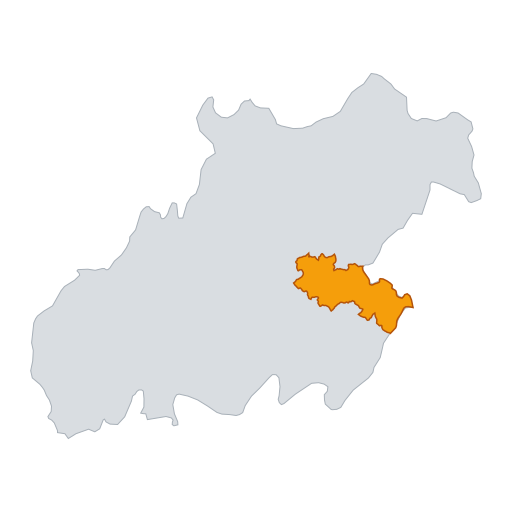 where Raški sits in Republic of Serbia, rotated 270°
{"feature_id": "SRB-834", "entity_name": "Raški", "entity_type": "District", "adm_level": 1, "iso_a3": "SRB", "parent_name": "Republic of Serbia", "parent_adm1": "", "projection": "equal_earth", "projection_center": [20.586, 43.343], "detail": "fine", "context": "in_parent", "style": "filled", "palette": "amber", "viewbox_px": 512, "rotation_deg": 270, "n_neighbors": 0, "source": "natural_earth", "source_scale": "10m", "svg_char_len": 9213}
<svg xmlns="http://www.w3.org/2000/svg" viewBox="0 0 512 512"><g transform="rotate(270 256 256)"><path d="M294.0,182.8L308.3,186.9L314.8,190.9L318.3,196.0L327.5,199.4L342.4,201.1L352.8,206.4L358.7,215.3L368.1,213.1L381.2,199.9L394.1,196.5L406.9,202.8L413.9,208.0L415.1,212.1L412.1,213.7L405.0,212.9L399.2,215.5L394.8,221.3L394.1,227.5L397.4,234.0L401.9,238.6L407.8,241.1L411.0,244.5L411.4,248.9L412.9,250.1L409.7,252.1L406.1,255.1L404.1,260.4L403.7,268.8L392.4,275.4L388.1,276.6L386.2,280.9L383.4,293.3L383.8,302.6L385.4,307.3L386.2,311.2L389.9,316.0L393.3,323.3L395.6,332.9L400.6,340.3L413.3,347.7L419.6,351.9L424.4,358.1L428.0,363.7L438.5,371.2L437.7,376.5L435.5,381.7L433.2,384.2L428.0,390.9L423.0,394.6L414.8,406.5L401.6,407.1L398.5,408.0L393.5,411.3L391.1,417.2L393.5,421.9L393.4,426.8L391.0,436.1L394.3,446.1L399.0,450.7L399.8,453.4L399.0,458.1L392.2,467.6L390.1,471.1L383.1,472.9L380.8,472.0L377.1,468.7L373.8,467.7L365.5,471.6L357.0,474.0L350.4,472.2L343.8,471.9L339.2,473.5L335.8,474.2L329.1,478.3L318.3,481.3L313.3,480.7L311.4,476.8L309.4,471.2L310.3,468.7L317.4,464.3L318.2,460.1L328.1,440.0L330.0,433.5L330.0,431.4L327.4,430.0L322.0,430.0L297.7,421.9L298.7,412.5L291.6,407.5L283.9,403.1L282.6,398.1L274.1,388.0L267.8,382.3L259.9,379.5L253.0,375.4L248.9,372.9L247.1,368.2L247.1,365.4L245.0,362.7L241.7,363.0L236.1,366.7L229.2,369.9L228.0,372.3L230.5,377.8L232.3,381.4L231.5,384.7L229.3,389.0L216.1,398.4L214.6,401.7L217.1,407.0L215.5,409.5L204.4,413.0L204.7,410.1L204.0,405.4L197.7,400.5L188.7,396.6L168.8,383.5L161.2,381.8L154.4,380.2L144.6,374.0L139.6,372.9L134.0,368.4L121.9,353.2L111.6,345.0L104.6,340.8L102.7,336.8L102.3,332.6L102.5,331.2L107.9,325.3L112.0,324.5L117.3,324.3L120.7,327.3L125.3,327.9L127.9,324.1L129.3,318.6L128.7,311.6L117.8,295.3L108.4,283.9L107.4,281.4L109.4,279.3L112.7,278.2L116.2,279.1L125.4,280.0L134.3,278.9L137.3,276.1L137.4,272.4L134.2,269.0L123.9,259.7L115.9,251.5L106.4,245.2L99.4,242.7L97.4,239.5L96.5,236.1L97.4,229.9L97.9,221.9L99.6,216.9L106.0,207.5L112.1,197.6L115.9,188.0L117.9,179.1L117.2,176.6L114.1,174.7L107.4,172.8L98.2,174.4L90.3,177.7L87.2,177.9L86.2,173.9L87.5,172.2L89.9,172.4L92.0,173.1L94.1,171.3L95.5,166.0L92.4,147.4L98.2,145.8L98.4,143.0L98.9,140.7L104.9,143.9L113.5,144.0L120.9,143.3L122.1,141.5L122.0,138.8L120.5,136.8L117.8,135.1L115.9,132.5L110.9,131.4L95.2,124.7L87.5,117.6L87.9,110.1L90.1,106.0L92.9,104.5L92.1,103.2L83.2,99.7L80.2,94.8L82.8,88.6L78.3,76.0L73.5,68.3L78.3,64.9L79.0,60.2L79.4,57.5L81.4,57.5L89.1,54.3L91.9,51.7L93.5,48.7L95.4,47.9L100.5,51.2L105.9,51.5L112.0,49.4L116.5,46.5L122.0,44.2L124.5,42.5L127.7,39.9L134.1,32.3L141.3,30.7L151.0,32.7L161.4,33.3L169.2,31.6L189.0,33.8L193.2,35.6L196.0,37.5L201.1,44.1L206.1,52.5L213.0,56.4L221.3,61.1L225.5,64.5L231.8,74.6L236.7,79.6L238.3,79.4L240.0,78.1L241.1,77.0L242.4,78.0L242.5,81.1L242.8,87.9L241.7,95.2L243.4,102.1L243.5,104.3L242.2,106.2L242.4,108.0L244.1,109.9L250.9,114.4L257.1,121.5L264.3,126.5L270.9,129.6L275.1,129.8L282.1,135.6L295.7,139.7L300.0,141.1L303.0,143.5L305.2,146.2L305.4,149.1L303.3,150.5L300.4,154.5L299.2,159.3L297.0,160.5L294.8,160.6L293.2,162.0L293.6,164.1L295.4,166.0L298.3,167.8L303.7,169.6L309.1,172.2L309.1,174.3L308.0,176.6L301.2,177.4L296.1,177.8L293.8,178.7L294.0,182.8Z" fill="#d9dde1" stroke="#a8b0b8" stroke-width="1"/><path d="M245.8,362.9L244.5,362.5L242.2,362.7L240.1,363.7L233.1,368.7L231.2,369.4L228.3,369.5L227.5,370.0L227.0,371.5L227.2,372.8L228.3,375.0L229.0,377.5L229.5,378.6L230.0,379.4L230.8,379.6L231.8,379.5L232.7,379.5L233.3,380.2L233.0,383.1L231.1,386.9L228.7,390.4L226.9,392.2L225.8,392.2L224.8,391.9L223.8,391.9L223.0,392.7L222.2,394.5L221.7,395.2L221.0,395.9L219.3,396.4L217.7,396.4L216.2,396.9L214.7,398.8L213.9,402.0L215.3,403.5L217.3,404.7L218.2,407.2L216.2,409.8L211.9,411.5L204.5,413.0L205.4,408.5L205.2,405.6L203.8,403.8L198.3,401.1L193.6,397.9L191.1,396.8L186.3,396.4L184.2,395.7L178.6,390.4L179.0,390.0L179.1,389.7L179.2,389.4L179.4,388.2L179.9,386.8L180.1,386.5L180.6,385.9L180.9,385.0L181.3,384.5L181.9,383.6L182.3,383.0L182.7,382.7L184.2,382.0L184.5,381.9L184.9,381.8L186.0,381.9L186.4,381.7L186.6,381.4L186.6,380.9L186.6,380.6L186.2,379.9L186.2,379.6L186.3,379.4L186.6,379.0L187.3,378.5L187.7,377.9L188.6,376.8L188.7,376.7L189.1,376.6L190.1,376.7L191.1,376.8L192.2,376.8L192.9,376.7L193.3,376.5L194.0,376.1L194.8,375.7L195.7,375.3L198.9,374.8L198.4,374.1L197.8,373.1L197.6,372.9L196.6,372.4L195.9,371.9L194.6,371.4L194.4,371.2L194.2,371.0L193.9,370.3L193.7,370.0L193.3,369.7L192.3,369.2L192.1,369.1L192.0,368.8L191.7,367.6L191.8,367.3L192.1,367.0L194.1,365.7L194.6,365.2L194.7,364.9L194.7,363.8L194.8,363.5L195.1,362.6L195.4,361.9L195.7,361.2L196.0,360.5L197.6,358.4L198.6,359.5L198.9,360.0L199.2,360.7L199.4,360.9L199.9,361.2L200.6,361.9L200.7,362.0L201.5,362.2L202.2,362.8L202.6,362.8L202.9,362.8L203.0,362.7L203.5,361.0L203.6,360.2L203.8,359.9L205.0,359.1L206.0,358.6L206.4,358.2L206.7,357.9L207.0,357.1L207.5,356.5L207.9,355.6L208.0,355.4L208.4,355.1L208.8,354.8L209.0,354.7L209.9,354.7L210.1,354.6L210.4,354.4L210.5,354.3L210.6,354.1L210.6,353.7L211.0,353.0L211.3,352.7L211.3,352.4L211.1,352.1L210.7,351.7L210.3,351.1L210.2,350.9L210.2,350.5L210.4,349.8L210.5,349.3L209.6,348.9L209.2,348.5L209.1,348.2L209.2,347.8L209.8,347.1L209.9,346.8L209.9,346.6L209.9,346.4L209.8,346.1L209.2,345.4L209.1,344.7L209.0,344.1L209.0,343.8L209.3,343.3L209.4,342.9L209.7,341.6L209.7,341.0L209.7,340.7L209.6,340.4L209.3,340.0L208.8,339.5L208.4,339.1L208.2,338.4L208.0,338.1L206.8,336.7L205.9,335.9L205.3,335.0L205.0,334.7L204.1,334.4L202.9,333.3L202.2,332.8L201.7,332.0L201.1,331.3L201.0,331.2L201.4,330.8L202.8,330.1L204.4,329.2L204.9,328.8L205.4,328.2L205.7,327.5L206.5,326.0L206.6,325.5L206.5,324.9L206.5,324.2L206.7,323.2L206.8,323.1L207.0,322.9L207.1,322.7L207.0,322.3L206.6,321.9L206.2,321.3L205.7,320.3L205.7,320.1L205.8,319.9L206.0,319.7L206.5,319.4L207.4,318.9L208.4,318.2L208.6,318.1L209.0,318.0L209.3,318.0L210.0,318.3L210.3,318.4L210.6,318.3L211.3,318.0L211.8,317.4L212.0,317.3L212.5,317.4L213.3,318.1L213.7,318.4L214.0,318.4L214.4,318.4L214.6,318.3L214.8,318.1L214.9,317.9L215.2,317.1L215.3,316.2L215.3,315.9L214.9,314.8L214.7,314.3L214.7,313.4L214.8,312.5L214.8,312.2L214.5,311.8L214.3,311.7L212.7,310.9L212.9,310.6L213.3,309.4L213.7,308.9L214.1,308.7L214.7,308.5L216.0,308.2L216.8,307.7L217.2,307.5L217.6,307.5L218.6,307.7L218.8,307.7L219.6,307.4L220.0,307.2L220.6,306.8L220.9,306.4L221.0,306.2L220.8,305.4L220.4,304.5L220.3,304.2L220.4,303.9L220.8,303.4L221.0,302.8L221.3,302.4L221.5,302.2L222.4,301.9L223.7,300.7L224.0,300.4L224.0,299.9L224.0,299.7L223.4,298.8L223.4,298.6L223.4,298.4L223.6,298.2L224.4,297.5L225.0,296.8L225.9,296.1L226.6,295.2L229.0,293.6L230.4,295.3L230.9,295.7L232.0,296.3L232.4,296.7L232.6,297.0L232.7,297.3L232.6,297.8L232.7,298.2L232.8,298.4L233.6,299.2L233.9,299.9L235.2,301.8L235.5,302.1L236.2,302.4L237.2,303.1L237.9,303.3L239.0,303.3L239.6,303.2L241.4,302.2L242.0,301.9L242.2,301.7L242.3,301.4L242.2,300.6L242.2,299.8L242.0,299.4L241.4,298.8L241.3,298.6L241.2,298.4L241.3,298.2L241.4,297.9L241.6,297.8L242.8,297.4L243.9,296.9L244.5,296.8L245.5,296.8L246.5,297.0L248.1,297.2L248.5,297.0L249.0,296.3L249.3,296.1L249.8,295.8L250.1,295.8L250.4,295.9L250.7,296.1L251.2,296.8L251.4,297.0L251.9,297.1L253.2,297.4L253.3,297.6L253.5,297.8L253.6,298.0L253.6,298.5L254.1,299.0L254.5,299.6L254.6,300.8L255.0,302.2L255.1,302.6L255.5,303.1L255.6,303.4L255.7,304.0L255.8,305.0L255.8,305.3L255.9,305.6L256.2,305.9L256.9,306.5L257.5,307.4L258.8,308.7L257.3,308.8L256.8,309.2L256.1,309.1L255.7,308.8L255.2,308.9L255.2,309.0L255.2,309.3L255.5,309.8L255.6,310.0L255.6,310.3L255.6,310.6L255.5,310.8L255.0,311.6L254.9,311.9L254.9,312.5L254.9,313.1L255.0,313.7L255.3,314.6L255.3,314.8L255.1,315.1L254.3,315.6L252.8,316.8L252.6,317.1L251.8,318.4L253.7,318.8L254.6,318.8L255.0,318.9L255.2,319.1L255.3,319.3L255.6,320.0L255.8,320.3L256.2,320.5L257.1,320.8L258.0,321.6L258.2,321.8L258.3,322.0L258.2,322.4L257.0,323.6L256.8,323.7L255.7,324.3L255.1,324.8L254.8,325.4L254.5,325.9L254.4,326.4L254.4,326.7L254.4,327.3L254.5,327.6L255.0,328.3L255.2,328.8L255.4,329.9L255.5,330.4L255.5,331.0L255.6,331.3L256.0,331.9L256.3,332.6L256.5,332.8L257.8,334.4L255.7,335.4L255.4,335.4L254.7,335.5L253.5,335.8L251.8,335.9L250.9,335.8L250.3,335.5L249.8,335.3L249.4,335.0L249.1,334.4L248.9,334.2L248.1,333.5L247.9,333.4L247.7,333.3L247.3,333.3L247.1,333.4L246.3,334.1L246.1,334.3L245.5,334.5L244.4,334.6L244.1,334.5L243.8,334.3L243.1,333.7L242.7,333.6L242.1,333.7L241.4,334.0L241.9,334.9L242.3,336.0L243.1,337.0L243.3,337.7L243.1,338.1L242.8,338.5L242.8,338.8L242.8,339.0L243.3,339.7L243.4,339.9L243.3,340.2L242.9,340.9L242.9,341.2L242.7,342.2L242.3,343.8L242.3,344.1L242.4,344.6L242.4,344.8L242.2,345.1L241.5,345.8L241.5,346.0L242.0,346.9L242.3,347.5L242.5,347.9L244.1,348.7L244.4,348.8L244.8,348.8L245.1,348.7L245.8,348.4L246.2,348.3L246.5,348.3L247.5,348.6L247.6,349.9L247.8,351.0L247.7,351.3L247.5,351.7L247.5,352.1L247.7,353.2L247.8,353.5L248.2,354.2L248.3,354.3L248.3,354.5L248.2,354.9L247.9,355.4L247.7,355.7L247.1,356.3L246.8,356.6L246.6,357.2L246.4,357.4L245.7,357.9L245.4,358.5L245.4,359.0L245.7,359.9L245.8,360.1L245.8,360.4L245.7,361.5L245.8,362.3L245.8,362.9Z" fill="#f59e0b" stroke="#b45309" stroke-width="1.5"/></g></svg>